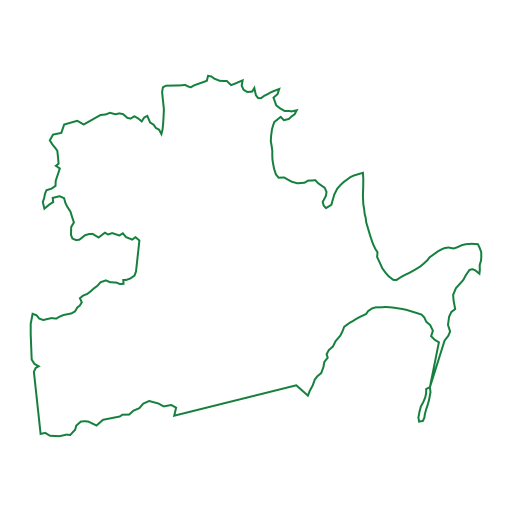 outline of Barra do Ribeiro, Rio Grande do Sul, Brazil
{"feature_id": "56859067B30618115493116", "entity_name": "Barra do Ribeiro", "entity_type": "district", "adm_level": 2, "iso_a3": "BRA", "parent_name": "Brazil", "parent_adm1": "Rio Grande do Sul", "projection": "natural_earth1", "projection_center": [-51.322, -30.367], "detail": "fine", "context": "isolated", "style": "outline", "palette": "green", "viewbox_px": 512, "rotation_deg": 0, "n_neighbors": 0, "source": "geoboundaries", "source_scale": "gbopen_adm2", "svg_char_len": 4164}
<svg xmlns="http://www.w3.org/2000/svg" viewBox="0 0 512 512"><path d="M429.9,387.2L444.6,340.5L448.3,335.8L450.1,331.5L448.0,324.9L449.1,316.7L451.4,311.9L455.2,309.1L454.4,305.0L453.6,300.7L453.1,294.9L455.9,288.2L459.6,284.1L463.4,279.8L465.7,275.4L469.5,269.9L472.4,269.2L475.2,270.3L479.4,273.7L479.8,269.9L479.7,265.0L481.0,260.6L481.3,257.0L481.2,252.0L479.5,247.5L477.9,244.2L474.9,244.0L471.9,243.8L465.8,244.2L461.8,245.2L456.7,247.5L453.6,248.5L448.5,247.5L444.5,248.1L441.5,249.4L437.8,251.4L432.7,255.1L429.5,257.4L427.4,260.2L423.4,263.9L419.8,266.8L414.3,270.1L409.5,272.8L406.0,274.4L402.1,276.4L399.4,278.1L396.5,280.0L393.3,279.9L388.6,276.2L385.6,272.8L382.3,268.3L379.7,262.5L377.1,257.0L377.5,252.2L375.3,248.9L373.2,244.4L372.0,241.2L370.0,235.1L366.2,222.3L365.7,217.8L364.7,214.2L364.2,209.6L363.3,204.2L362.9,195.8L363.2,187.6L363.3,178.9L362.9,172.8L353.6,175.6L350.6,177.0L343.7,182.0L340.6,184.9L337.3,188.6L334.3,194.5L332.4,201.1L331.4,204.8L326.0,208.1L323.7,205.6L322.7,201.9L324.4,198.8L326.0,195.5L326.5,191.9L324.7,187.8L318.1,183.2L315.3,180.2L312.2,180.5L308.1,180.6L304.6,182.7L297.5,183.3L291.9,181.8L287.6,179.5L284.2,177.5L278.6,177.7L275.9,174.4L274.0,168.4L273.2,164.3L272.5,160.0L272.3,156.1L272.3,150.8L271.6,145.7L270.8,141.1L271.1,135.8L272.0,129.3L273.0,125.7L274.3,122.0L280.7,116.9L283.9,120.2L288.8,119.0L291.6,116.4L294.6,114.3L296.7,110.3L291.7,111.4L288.4,110.9L284.7,111.0L279.7,108.1L276.2,105.3L273.5,97.6L277.5,94.2L279.2,89.0L273.4,91.2L270.1,92.7L267.4,94.3L264.4,95.7L261.1,98.1L258.1,98.1L255.9,95.2L254.3,88.0L252.2,91.6L247.3,92.0L243.6,89.8L241.7,85.7L242.6,80.4L238.3,82.2L235.6,83.4L231.1,85.1L226.8,81.0L223.7,81.0L219.7,80.8L214.4,78.7L211.4,76.5L208.1,75.8L206.8,80.8L194.0,85.4L190.8,87.3L187.9,86.4L185.1,84.9L180.7,85.4L166.0,85.7L162.9,87.3L162.1,92.0L162.8,99.0L163.3,103.7L163.9,109.5L163.5,117.9L163.1,124.1L162.5,129.7L161.4,134.1L159.1,129.7L155.9,128.0L153.6,124.7L150.1,122.5L147.3,115.9L144.2,117.5L141.7,121.4L138.0,118.3L134.4,116.3L130.6,118.6L127.4,117.9L123.0,114.1L119.2,113.4L115.5,114.3L110.0,112.8L105.5,114.5L100.5,115.0L83.7,124.5L77.3,120.8L64.2,124.5L61.3,132.9L53.0,134.6L49.8,140.4L52.6,144.8L55.3,148.0L57.3,150.8L58.1,158.1L58.6,163.7L55.9,165.8L59.8,168.5L58.4,172.8L55.7,180.8L55.5,185.9L51.6,188.6L46.5,190.2L45.0,193.7L44.2,198.0L42.8,202.1L44.4,208.7L49.5,204.4L53.2,202.1L52.7,197.9L59.6,196.2L64.1,198.2L65.3,202.7L67.1,206.4L70.5,211.8L71.7,215.7L73.9,222.5L71.2,226.9L71.0,235.0L72.4,238.5L76.1,240.1L79.4,239.7L85.1,235.2L88.9,234.1L92.6,233.9L98.6,237.5L104.9,232.7L108.1,234.5L112.2,233.1L119.4,235.5L122.8,233.3L126.0,237.1L132.2,239.6L135.5,237.2L139.4,240.5L136.0,271.5L134.5,275.6L130.3,278.5L126.4,279.9L123.3,280.0L123.5,283.8L120.0,284.1L116.6,282.6L110.0,282.2L105.9,280.4L100.6,282.2L97.3,285.9L93.9,288.4L90.2,291.7L87.3,293.9L83.1,295.6L79.9,298.2L81.8,302.3L79.8,305.6L77.4,307.4L75.0,311.4L71.5,313.4L68.0,314.1L63.2,315.1L59.1,316.9L56.3,318.6L51.5,318.1L47.0,319.1L43.3,320.0L39.2,318.6L36.6,315.3L32.6,313.8L30.7,323.9L30.7,334.3L31.7,359.6L34.4,363.9L38.7,366.3L35.7,367.9L33.9,371.9L40.6,433.9L45.2,432.9L50.1,435.8L59.4,436.2L66.7,434.6L70.2,435.0L75.2,429.6L76.2,425.7L80.8,421.6L84.5,421.2L88.3,421.6L96.5,425.5L103.0,419.8L119.8,416.5L122.4,414.7L129.1,414.6L133.4,410.7L139.3,408.2L143.3,403.6L149.2,401.0L158.4,403.5L163.7,406.4L171.3,405.0L176.1,407.7L174.2,415.7L296.3,385.3L307.9,395.6L309.6,391.2L312.8,385.2L314.8,379.5L317.5,376.1L321.2,373.1L323.4,367.2L324.4,361.8L327.7,357.7L326.6,354.2L328.9,350.0L333.0,346.4L335.6,341.1L340.2,335.8L342.4,331.5L344.2,326.8L349.8,322.7L352.7,321.2L355.7,319.2L359.9,316.9L366.1,314.0L368.2,311.0L372.3,308.3L376.0,307.3L381.2,307.3L385.5,307.0L390.4,307.3L395.4,307.9L402.9,309.1L406.6,309.9L416.0,312.8L421.6,314.6L424.3,317.5L426.3,321.8L430.2,325.1L432.9,330.8L431.1,336.2L434.6,339.7L438.9,342.3L429.9,387.2ZM429.9,387.2L426.2,389.0L426.1,393.5L425.2,397.5L423.2,402.3L420.9,406.4L419.5,411.7L418.4,417.5L419.1,421.6L422.8,421.0L424.3,417.9L424.9,414.0L426.2,409.2L427.5,405.4L428.8,400.9L429.7,396.4L430.5,392.2L429.9,387.2Z" fill="none" stroke="#15803d" stroke-width="2"/></svg>